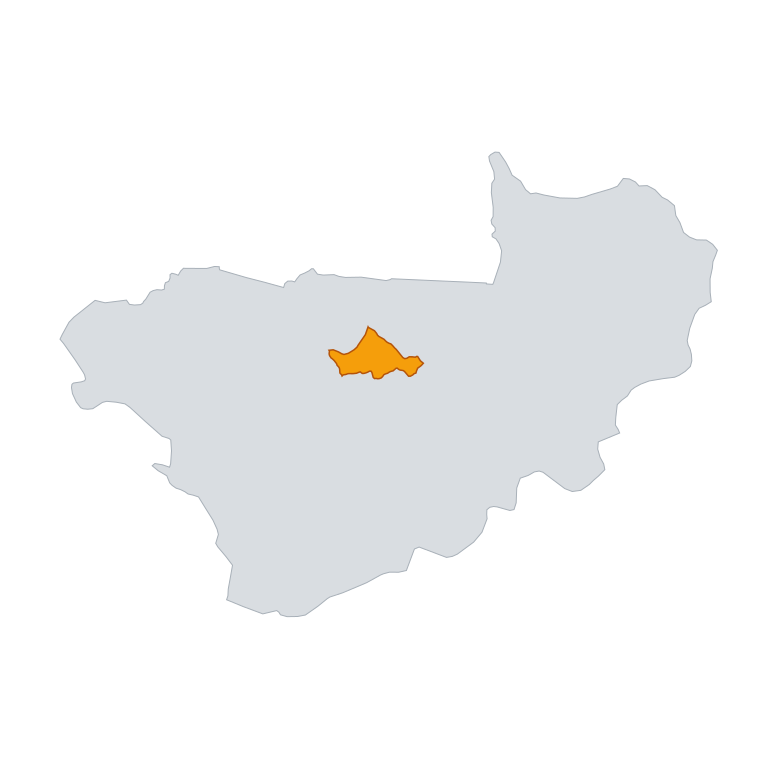 where Bazéga sits in Burkina Faso, rotated 183°
{"feature_id": "BFA-2814", "entity_name": "Bazéga", "entity_type": "Province", "adm_level": 1, "iso_a3": "BFA", "parent_name": "Burkina Faso", "parent_adm1": "", "projection": "orthographic", "projection_center": [-1.43, 11.889], "detail": "fine", "context": "in_parent", "style": "filled", "palette": "amber", "viewbox_px": 768, "rotation_deg": 183, "n_neighbors": 0, "source": "natural_earth", "source_scale": "10m", "svg_char_len": 4443}
<svg xmlns="http://www.w3.org/2000/svg" viewBox="0 0 768 768"><g transform="rotate(183 384 384)"><path d="M588.3,489.1L567.1,490.1L559.4,492.5L554.7,492.5L554.5,490.6L554.0,489.4L527.2,483.1L508.4,479.3L489.3,475.1L488.3,479.1L485.5,481.7L481.4,482.0L478.5,481.3L476.6,484.4L473.5,488.5L469.1,490.6L464.8,493.1L462.4,495.3L460.6,495.4L456.2,490.2L450.4,489.6L439.6,490.6L434.7,489.1L428.1,488.4L412.4,489.5L387.3,487.4L383.2,488.6L382.1,489.5L357.3,489.7L330.0,489.9L307.1,490.1L287.1,490.2L287.0,489.3L280.6,489.2L279.9,490.9L274.1,511.8L273.5,523.2L276.4,530.3L279.8,534.8L283.6,536.7L284.0,539.3L280.9,542.5L281.2,545.9L284.7,549.4L285.6,553.1L283.8,556.9L284.2,566.1L286.8,580.7L286.8,590.1L284.3,594.4L285.4,601.8L290.3,612.2L291.2,616.6L289.4,618.7L285.3,621.4L281.2,621.3L276.3,614.9L274.2,612.1L270.3,605.7L267.0,599.2L262.5,596.4L258.2,593.7L252.8,585.5L247.6,581.6L242.2,582.7L234.2,581.1L218.1,579.0L200.7,579.5L193.5,581.3L186.4,584.2L168.4,590.5L161.2,593.7L155.8,601.8L149.6,601.6L143.5,598.9L139.7,595.1L131.5,595.9L123.6,592.2L116.0,585.0L110.4,582.6L103.3,577.3L101.4,567.5L96.9,560.6L92.8,551.0L86.6,546.7L79.5,544.3L69.6,544.6L63.1,540.7L58.1,535.0L59.5,530.2L61.9,523.4L62.2,516.8L63.9,506.1L63.1,492.7L61.5,483.3L67.0,479.5L73.3,476.1L77.3,469.8L81.6,455.6L83.5,443.3L82.3,438.7L80.2,435.0L78.6,429.7L77.8,423.2L79.0,417.5L83.8,412.4L89.8,408.1L94.1,406.0L105.4,404.0L119.4,400.9L127.6,397.3L133.5,393.7L136.9,390.8L140.3,384.8L145.8,380.2L150.0,375.6L150.8,362.5L150.8,355.1L147.8,350.9L146.1,347.4L167.0,337.4L167.2,330.2L164.4,322.1L160.4,315.6L159.0,310.0L164.8,303.5L169.9,298.6L173.7,294.4L181.9,288.1L190.4,286.5L198.0,289.0L220.6,304.2L224.5,305.2L229.2,304.1L235.3,300.2L243.0,297.1L246.0,287.1L245.8,272.2L247.6,265.4L251.7,264.3L264.7,267.2L268.1,267.4L271.9,266.4L274.7,263.8L274.6,259.0L274.0,254.8L278.4,241.1L286.2,230.8L301.9,217.9L306.8,215.4L312.5,214.1L340.4,223.0L345.0,220.8L351.9,198.9L359.5,196.8L368.6,196.4L374.5,194.5L377.6,193.0L390.9,184.7L414.4,173.3L427.0,168.4L429.5,166.6L438.5,158.5L450.4,149.2L458.1,147.3L468.6,146.6L475.3,148.1L477.1,150.7L479.3,152.1L493.0,148.1L512.8,154.3L529.9,160.3L528.8,164.2L528.8,171.1L527.4,182.0L525.8,195.1L532.9,203.5L541.4,212.6L543.7,216.1L541.5,225.1L543.1,230.3L547.7,239.1L555.4,250.1L563.3,261.5L568.7,263.0L573.9,263.9L577.0,265.9L581.6,267.9L586.2,269.1L590.2,271.6L592.8,274.0L596.1,281.0L605.0,285.6L611.2,290.2L608.7,292.6L601.0,291.7L593.8,289.7L592.9,293.1L592.7,306.1L594.0,316.9L595.7,318.3L602.9,320.2L620.4,334.1L636.3,347.2L641.6,350.6L650.3,351.8L660.0,352.2L664.2,350.9L673.5,344.1L678.5,343.3L683.2,343.5L685.7,344.5L690.3,349.9L694.6,358.1L695.9,364.1L695.6,367.4L694.2,368.7L686.4,370.3L683.1,371.6L682.3,373.4L683.5,377.5L685.1,380.1L693.7,391.9L706.1,407.7L709.9,411.8L707.9,416.6L701.8,429.2L697.2,434.5L676.9,452.4L666.8,450.5L645.6,454.3L642.4,450.2L637.4,449.8L631.3,450.5L629.1,452.1L628.4,453.8L626.3,456.3L622.4,463.4L619.4,465.2L615.7,466.3L611.0,466.2L608.3,467.2L608.4,470.6L607.6,473.7L604.4,475.2L603.2,478.6L603.4,482.0L601.6,483.5L597.6,482.7L595.2,481.8L593.0,486.1L590.3,489.1L588.3,489.1Z" fill="#d9dde1" stroke="#a8b0b8" stroke-width="1"/><path d="M426.3,389.8L426.7,390.8L427.5,391.6L428.2,392.2L428.6,392.7L429.1,396.5L429.4,397.4L429.6,397.9L430.3,398.8L431.8,400.2L432.4,401.8L434.8,404.6L435.9,405.6L436.9,406.4L437.5,406.8L438.1,407.1L439.8,409.4L440.2,410.4L440.4,411.7L440.2,414.1L440.7,414.8L436.5,415.5L431.2,413.7L427.8,412.0L425.5,411.4L421.2,412.8L415.8,416.5L412.9,419.4L411.9,421.4L405.2,432.3L402.9,440.2L402.6,439.7L396.3,436.7L394.0,434.1L393.0,432.4L391.7,431.3L386.2,428.6L384.8,427.2L383.3,426.0L381.3,425.0L379.2,424.4L377.3,422.7L375.3,420.6L373.6,419.2L366.6,411.4L364.6,410.4L362.5,410.9L360.2,412.5L357.1,412.6L354.1,412.4L352.7,413.3L351.8,413.2L348.9,409.1L345.8,406.8L347.0,405.3L348.2,404.0L351.2,401.6L352.2,398.8L352.7,396.6L354.5,395.9L355.7,394.6L358.0,393.2L359.9,393.1L364.0,397.4L365.4,398.4L367.8,398.7L368.5,398.7L370.2,399.4L371.6,400.5L372.7,400.4L375.6,397.6L377.3,397.1L379.0,396.4L381.0,394.9L383.0,394.2L384.6,393.3L385.8,391.3L387.1,389.9L389.1,389.1L390.6,388.9L391.8,389.1L392.6,389.1L393.7,388.9L395.1,390.0L396.7,394.9L397.6,396.1L399.1,396.1L400.8,395.0L402.5,394.2L404.6,393.5L406.3,393.4L408.4,394.9L409.7,394.4L412.0,393.3L415.6,392.7L418.9,392.6L420.6,392.4L422.7,391.5L425.2,391.0L426.3,389.8Z" fill="#f59e0b" stroke="#b45309" stroke-width="1.5"/></g></svg>